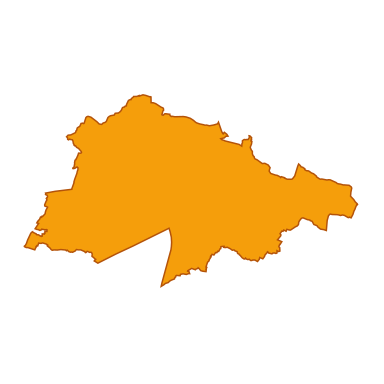 Kota Cimahi, Jawa Barat, Indonesia, rotated 92°
{"feature_id": "22746128B53430054982428", "entity_name": "Kota Cimahi", "entity_type": "district", "adm_level": 2, "iso_a3": "IDN", "parent_name": "Indonesia", "parent_adm1": "Jawa Barat", "projection": "robinson", "projection_center": [107.546, -6.882], "detail": "fine", "context": "isolated", "style": "filled", "palette": "amber", "viewbox_px": 384, "rotation_deg": 92, "n_neighbors": 0, "source": "geoboundaries", "source_scale": "gbopen_adm2", "svg_char_len": 6075}
<svg xmlns="http://www.w3.org/2000/svg" viewBox="0 0 384 384"><g transform="rotate(92 192 192)"><path d="M203.6,337.4L204.4,336.8L205.5,336.9L206.1,337.4L209.9,338.8L210.9,338.7L211.4,338.3L211.6,336.9L212.2,335.8L215.0,337.2L217.4,337.9L218.5,337.9L219.2,338.3L221.5,340.3L221.4,341.0L222.5,341.4L222.2,341.9L222.3,342.5L224.9,343.5L225.6,344.4L226.7,344.9L226.7,345.2L228.3,346.0L228.8,344.2L234.2,347.5L234.9,345.5L234.9,344.5L235.7,342.7L234.9,340.9L234.4,340.8L234.9,337.4L234.6,336.3L234.8,335.6L236.5,335.6L236.5,337.6L238.5,337.6L238.5,338.2L239.2,338.2L239.1,340.2L241.3,340.2L241.2,341.4L241.5,341.4L241.2,342.3L240.2,343.7L240.0,345.9L239.3,346.2L237.7,349.8L237.3,349.9L237.8,350.8L238.9,351.7L245.7,354.6L249.3,355.7L251.2,356.7L251.9,357.6L252.2,357.7L252.5,357.5L253.3,355.7L253.3,354.0L255.3,347.1L253.1,346.2L252.0,345.5L251.8,345.8L250.9,345.0L251.2,344.3L248.4,343.4L248.6,342.4L248.6,341.0L248.1,339.4L249.2,335.6L250.1,334.3L250.8,334.8L251.1,334.5L252.9,332.0L254.3,330.9L255.1,329.7L254.7,327.9L254.7,324.6L254.1,321.1L254.4,316.1L255.1,315.5L254.5,314.6L255.8,313.2L256.4,311.4L256.2,310.2L256.4,309.2L254.9,306.5L253.6,305.6L253.5,305.2L253.8,304.0L253.7,301.2L255.3,297.2L256.3,296.4L256.1,295.7L255.1,295.0L255.0,294.2L255.9,292.3L255.7,290.8L256.7,289.8L258.5,289.5L259.5,289.8L260.0,289.5L261.0,287.9L262.0,287.1L262.6,285.9L264.3,287.3L266.4,283.6L256.7,266.0L247.9,248.8L229.0,213.7L232.4,212.5L237.8,211.1L243.0,210.6L247.2,210.7L250.4,211.0L283.6,218.8L287.4,219.5L285.7,216.9L284.3,215.4L283.3,212.5L282.0,211.4L280.9,209.7L279.5,206.5L278.0,206.1L277.4,205.3L276.4,205.2L275.9,204.6L276.1,201.0L274.7,200.6L274.1,198.1L274.6,194.8L273.7,192.6L273.7,191.5L271.5,192.3L271.3,193.6L270.8,193.5L268.4,189.7L269.6,185.9L268.8,185.2L268.2,183.6L267.5,183.2L268.1,182.4L270.3,180.5L270.8,178.5L271.1,175.2L268.4,175.0L268.4,175.3L266.8,174.6L266.5,175.4L262.6,174.3L261.5,173.9L260.1,172.5L259.4,172.6L256.3,170.8L256.2,171.3L254.9,170.9L254.8,170.4L253.6,169.8L254.2,167.9L251.7,166.3L251.8,165.1L250.3,164.2L250.5,163.3L247.7,161.9L247.5,161.3L245.6,161.2L245.2,159.1L245.2,158.0L246.2,158.3L246.4,156.9L246.0,154.8L247.4,151.7L248.8,149.7L248.5,148.5L248.6,147.6L249.3,147.1L250.0,144.8L251.5,144.4L252.1,143.8L252.3,142.9L253.2,142.4L253.4,141.9L256.0,139.5L257.1,137.7L257.1,136.8L256.2,136.2L257.1,135.3L257.6,133.8L257.2,132.4L258.4,131.1L258.4,129.9L257.9,129.0L257.8,126.8L259.2,124.1L256.9,122.4L255.1,122.0L256.3,118.9L254.0,117.3L252.5,116.9L249.9,114.8L249.1,114.5L249.6,113.7L250.3,113.4L251.0,110.1L250.8,109.5L250.2,109.0L250.1,107.1L250.5,106.0L249.9,104.9L247.7,105.0L248.5,103.3L248.0,102.1L244.5,102.4L243.8,103.2L243.3,103.3L241.3,102.5L241.4,102.2L238.5,100.5L236.8,104.9L232.9,101.9L231.8,101.6L230.6,102.6L227.9,100.8L228.1,99.7L226.8,99.0L227.9,96.6L226.0,95.9L226.6,93.5L226.6,92.2L223.1,87.3L222.4,85.8L220.9,84.5L218.1,84.2L216.9,83.5L215.0,82.2L214.1,81.0L214.0,80.0L215.6,75.7L215.9,73.2L216.5,72.9L217.1,70.9L220.2,69.1L221.3,65.9L222.6,65.0L224.6,62.3L225.0,59.1L225.8,56.4L215.7,55.9L211.0,54.8L209.5,53.6L209.2,52.9L209.6,51.3L209.6,46.1L209.8,44.6L210.3,42.8L209.7,40.7L210.1,38.8L212.1,35.1L212.1,34.4L211.6,33.8L212.3,32.1L208.8,30.4L205.5,29.5L203.6,28.6L200.5,27.6L198.8,26.3L198.6,26.8L198.0,26.5L196.2,28.5L193.9,30.1L190.7,33.4L186.6,33.2L182.5,32.5L181.4,33.0L179.8,35.2L179.6,40.3L179.7,40.8L178.9,44.2L178.8,45.6L178.4,47.2L177.5,48.3L175.0,54.4L175.0,56.2L175.3,57.5L174.5,62.7L174.7,64.1L174.4,65.0L172.6,68.0L171.8,68.2L169.5,71.2L168.8,73.3L167.2,75.6L166.8,76.6L166.7,78.4L165.7,80.1L164.7,80.1L164.0,81.5L163.5,82.0L163.0,84.0L162.0,84.5L160.3,86.4L162.4,87.2L172.4,89.9L175.4,92.1L175.8,93.1L175.9,97.3L174.9,100.0L174.5,99.9L173.6,103.2L174.4,103.9L173.8,104.4L172.4,107.4L172.2,109.1L170.7,114.0L168.4,115.6L167.1,115.4L165.0,114.8L162.4,116.7L160.8,120.2L161.1,122.8L157.4,128.3L156.8,130.1L155.8,130.8L154.6,131.1L153.4,132.3L151.7,133.0L149.2,133.1L148.3,134.0L145.7,135.3L144.7,135.2L142.0,134.2L139.3,133.9L138.9,134.9L137.3,134.3L137.0,134.7L136.4,134.4L135.6,134.3L133.9,136.1L133.8,136.9L135.3,136.5L137.6,137.7L137.6,139.2L137.9,140.1L137.7,141.0L137.8,141.8L139.0,143.4L141.2,143.3L142.1,143.8L144.4,143.9L142.8,146.6L139.8,160.8L139.5,161.3L138.6,164.2L137.7,165.1L136.8,161.6L135.2,160.1L134.9,158.0L133.1,159.2L131.2,161.8L132.8,162.9L132.1,163.5L130.6,164.4L121.3,168.0L123.0,168.8L124.3,172.7L125.2,176.9L124.6,179.8L124.8,181.4L124.4,182.6L123.7,186.7L122.7,189.9L122.1,190.9L120.3,193.1L118.4,196.3L117.2,200.5L116.9,203.3L117.4,211.8L117.0,214.7L117.3,215.3L116.4,216.5L115.6,217.0L115.1,216.9L114.7,221.2L114.9,222.2L116.2,223.3L116.2,224.0L115.8,224.8L112.0,223.9L111.2,223.2L109.5,223.5L109.0,223.9L108.2,226.0L105.0,231.3L104.2,233.7L104.2,236.0L98.4,236.3L98.2,237.1L98.4,237.3L97.1,241.5L96.6,244.4L97.9,247.8L97.4,247.7L97.3,247.9L98.4,250.4L98.6,253.7L99.2,254.0L100.8,255.9L101.8,256.1L101.9,257.2L102.7,258.7L106.8,260.5L108.2,260.6L108.5,261.8L109.5,262.6L109.6,263.4L110.1,264.4L113.0,265.6L114.5,266.9L115.6,268.3L116.0,271.5L117.8,272.4L118.6,276.0L119.3,277.3L120.5,278.6L124.4,280.1L125.4,281.1L126.2,283.3L127.6,284.6L127.3,287.1L125.0,289.6L120.8,295.5L120.1,298.0L120.1,298.9L120.5,299.8L121.3,300.6L127.0,302.2L127.4,302.6L127.0,303.7L127.4,305.3L130.2,306.4L131.8,308.7L132.2,309.0L134.3,309.4L135.0,310.1L136.2,310.3L136.9,310.8L139.2,315.2L139.5,317.8L141.2,319.3L142.1,318.3L143.7,318.1L144.2,317.2L143.4,316.0L143.8,315.2L144.0,313.4L145.1,312.8L147.8,312.2L148.7,311.5L149.2,311.6L150.0,310.7L149.9,310.0L151.4,308.9L152.4,306.9L155.2,304.3L156.1,303.8L156.7,304.0L157.1,304.7L157.1,306.7L159.2,307.3L162.7,308.7L163.1,309.1L163.7,309.1L164.3,310.0L166.9,310.4L168.2,310.2L169.3,310.6L170.5,310.4L172.2,311.9L172.7,311.9L172.8,311.2L172.4,309.9L171.0,307.8L171.8,306.8L173.9,306.8L175.1,307.3L177.4,307.7L183.5,309.7L186.3,310.4L186.7,310.2L192.9,312.2L193.5,312.2L196.1,328.8L198.2,338.3L198.8,338.0L199.5,338.3L200.0,337.7L200.3,336.6L201.2,336.2L202.7,336.4L202.8,336.9L203.6,337.4Z" fill="#f59e0b" stroke="#b45309" stroke-width="1.5"/></g></svg>